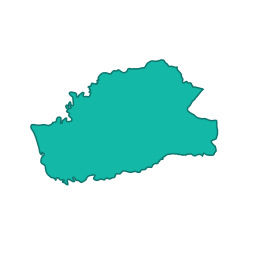 outline of Namacurra, Zambezia, Mozambique, rotated 113°
{"feature_id": "85939544B74893021327700", "entity_name": "Namacurra", "entity_type": "district", "adm_level": 2, "iso_a3": "MOZ", "parent_name": "Mozambique", "parent_adm1": "Zambezia", "projection": "natural_earth1", "projection_center": [37.083, -17.473], "detail": "fine", "context": "isolated", "style": "filled", "palette": "teal", "viewbox_px": 256, "rotation_deg": 113, "n_neighbors": 0, "source": "geoboundaries", "source_scale": "gbopen_adm2", "svg_char_len": 5859}
<svg xmlns="http://www.w3.org/2000/svg" viewBox="0 0 256 256"><g transform="rotate(113 128 128)"><path d="M124.6,48.6L121.6,48.4L121.6,47.5L121.9,45.4L121.8,44.4L121.1,42.0L119.7,39.1L118.5,38.5L117.0,38.7L115.6,38.1L114.8,38.0L114.5,38.0L112.3,39.4L110.8,40.6L110.3,42.2L109.1,44.9L108.4,45.8L107.8,46.1L107.4,46.3L103.5,42.7L98.9,43.2L95.1,44.7L92.5,46.5L91.0,47.3L88.3,48.4L86.8,49.2L86.6,50.0L87.0,51.0L88.5,53.6L88.9,54.8L89.2,57.3L89.2,60.4L89.5,61.4L90.5,63.1L91.4,67.2L91.4,68.9L90.1,72.6L89.8,76.0L89.1,79.1L88.7,79.8L87.8,80.5L86.5,80.9L85.5,80.8L84.6,80.3L82.8,79.7L78.4,79.2L75.8,77.9L73.0,77.3L72.6,77.0L64.9,74.8L63.1,73.9L62.8,74.8L63.0,75.2L64.1,82.4L64.9,83.8L64.9,84.4L64.7,84.7L64.2,84.8L63.1,86.7L62.5,87.0L62.2,87.5L62.1,88.2L62.5,88.9L62.7,89.0L63.0,89.5L63.1,90.0L62.4,91.6L62.4,92.4L62.8,93.0L64.6,94.1L64.8,94.6L64.8,95.1L64.6,95.5L64.0,96.0L61.9,96.5L61.5,96.7L60.8,97.5L60.1,98.7L57.9,99.8L56.9,101.3L55.2,105.1L54.0,106.1L52.8,106.6L53.3,107.2L53.6,107.8L54.2,112.2L55.2,113.9L55.3,114.3L55.0,115.1L53.8,116.9L53.4,119.1L53.1,119.5L52.0,121.0L51.8,121.4L51.8,122.3L52.1,123.5L52.5,124.2L54.2,126.0L55.9,128.7L56.8,131.9L57.5,133.0L59.3,134.5L60.8,135.4L61.2,135.6L61.6,135.5L63.7,136.0L65.9,136.2L67.7,139.3L69.6,141.8L71.6,146.6L72.1,147.1L72.3,147.5L72.5,148.1L72.4,149.0L72.8,150.0L73.2,150.7L73.6,151.0L76.1,151.2L77.0,151.5L77.6,152.0L78.7,153.3L79.0,154.1L79.0,154.9L78.5,157.6L78.2,158.7L78.4,159.8L78.6,160.0L79.8,160.6L80.1,161.3L80.8,163.3L81.3,163.7L82.4,164.2L83.6,164.7L84.6,164.7L85.0,165.0L85.3,166.0L85.6,167.2L85.6,168.4L85.8,169.6L86.4,171.3L87.0,172.3L88.1,173.4L90.0,174.4L92.9,175.1L94.3,174.6L94.7,173.9L95.2,173.7L95.4,174.4L96.3,174.3L96.3,174.9L96.5,175.0L97.4,174.0L98.7,173.5L98.9,173.9L99.0,174.4L99.2,174.5L99.9,174.2L100.1,174.3L100.5,176.9L100.8,177.6L100.8,178.6L101.9,178.9L103.6,178.5L103.8,178.5L104.2,178.9L104.9,180.0L105.2,180.3L105.9,180.6L106.1,180.4L106.3,178.8L106.7,178.6L107.7,178.5L107.7,177.5L108.3,177.0L108.7,177.4L109.4,177.4L110.0,177.8L110.2,177.7L110.4,176.0L112.9,175.8L113.7,175.9L114.3,176.1L115.1,177.1L115.2,177.7L115.3,178.8L116.2,180.4L116.3,181.1L115.7,182.0L114.6,182.2L113.1,182.2L112.8,182.8L112.9,183.5L114.0,184.5L115.2,184.9L116.9,186.0L117.5,186.1L118.9,186.0L119.2,186.3L119.4,186.9L119.0,187.6L116.8,188.8L116.4,189.7L116.4,190.9L117.1,194.3L117.6,195.0L118.4,195.6L118.8,195.6L119.3,195.4L119.9,194.6L120.7,192.9L121.0,191.3L121.2,190.8L127.5,187.5L128.1,187.3L128.6,187.4L129.1,188.0L129.1,189.1L128.9,189.5L128.3,190.0L127.1,190.7L126.8,191.0L126.7,191.5L127.0,191.8L128.1,192.0L129.3,191.9L129.7,191.6L130.1,191.0L131.1,188.5L131.5,188.3L132.4,188.8L132.7,189.5L132.7,189.9L131.5,191.6L130.8,192.3L130.7,192.9L130.8,193.3L131.0,193.5L132.3,193.8L133.6,192.6L133.9,192.0L133.9,190.9L134.2,190.5L136.2,191.0L136.6,191.0L136.8,190.8L137.0,190.4L137.2,188.4L137.4,187.7L137.8,187.4L139.4,187.5L139.8,187.3L140.3,186.5L140.8,184.8L141.3,183.7L141.6,183.3L142.6,182.8L143.3,182.7L144.9,184.3L145.7,185.9L145.8,186.5L145.6,187.3L144.7,187.8L143.3,188.2L143.1,188.3L143.0,188.9L144.2,189.8L145.4,190.2L146.5,191.1L147.5,191.1L148.9,190.6L149.3,190.7L150.0,191.9L149.3,192.2L146.7,192.9L144.9,193.8L144.7,194.3L144.7,194.8L145.2,196.3L145.9,196.9L146.5,197.1L148.1,197.1L149.6,196.7L150.6,196.8L150.9,197.1L152.3,199.4L153.0,199.3L153.6,199.5L154.8,200.1L156.3,201.4L156.9,202.5L157.2,203.4L157.3,204.5L157.7,206.5L158.3,207.9L159.2,209.0L160.2,210.8L161.3,213.9L161.6,215.8L162.3,217.4L162.7,217.9L163.2,218.0L164.8,217.9L166.4,216.7L168.5,213.5L170.6,211.2L173.0,208.9L179.7,203.3L182.3,201.3L184.5,200.0L185.6,198.9L186.0,198.3L186.2,197.9L186.2,196.9L185.4,196.9L184.3,197.7L184.2,196.0L184.7,195.1L185.1,194.9L186.2,194.9L187.7,195.7L188.9,195.9L190.6,195.8L193.1,195.0L194.0,194.1L194.3,193.4L194.8,190.3L195.4,189.3L197.1,188.4L199.7,186.6L200.2,186.2L201.4,184.9L202.4,183.1L203.1,180.9L203.5,179.4L203.5,179.0L203.1,177.8L203.2,176.2L203.5,175.3L204.2,174.6L204.1,174.1L203.7,174.0L203.0,174.6L202.6,174.7L202.1,174.3L201.2,172.8L201.2,172.4L201.9,171.0L202.2,169.9L201.9,169.0L201.1,167.7L200.9,166.4L201.2,166.1L201.4,166.1L202.4,167.2L202.8,167.3L203.3,167.1L203.5,166.6L203.1,165.0L203.9,163.1L203.9,162.0L203.7,161.3L203.2,161.4L201.7,162.3L200.8,163.1L200.2,163.3L199.2,163.2L198.4,162.8L198.3,161.9L198.6,160.4L198.8,157.8L198.7,157.2L198.2,156.5L198.0,156.4L197.5,156.5L196.4,158.5L195.8,159.3L195.1,159.3L194.7,159.0L194.5,158.6L194.7,158.0L196.1,155.6L196.3,155.2L195.7,152.6L195.7,152.2L196.3,150.7L196.3,150.0L196.1,149.5L195.7,149.1L194.8,148.3L192.2,146.6L191.6,146.5L189.3,146.4L188.2,146.0L186.9,144.8L184.8,141.7L184.3,140.8L184.5,140.0L184.6,139.9L185.0,139.8L187.5,140.0L188.0,139.9L188.4,139.4L188.6,138.5L188.6,137.2L188.5,136.6L188.1,135.6L185.6,133.2L185.3,132.0L185.2,130.3L185.0,129.6L184.6,129.3L182.8,128.4L182.4,128.0L182.2,127.3L182.3,125.8L182.1,125.0L181.5,124.2L180.1,123.2L178.9,121.3L178.2,121.0L175.7,121.1L174.9,120.9L174.3,120.1L173.4,117.5L172.2,116.9L170.3,116.4L169.3,115.5L168.7,113.7L168.1,109.4L167.8,108.5L167.4,107.6L166.5,106.3L165.7,105.7L165.4,105.2L165.0,103.5L164.9,101.7L164.4,100.3L163.9,99.8L163.5,99.6L162.2,99.6L161.5,99.4L161.1,99.0L159.5,96.0L158.8,95.6L156.9,95.1L156.3,94.7L155.4,91.8L155.0,91.1L154.6,90.9L152.4,90.7L151.1,90.1L150.3,89.4L149.7,88.3L149.5,87.5L149.0,86.9L148.2,86.6L147.1,86.6L146.4,86.2L144.7,85.9L144.1,85.6L143.4,84.2L143.1,83.8L142.8,83.7L142.5,83.8L142.2,84.5L141.8,84.7L141.6,84.7L140.6,83.7L137.1,81.6L136.5,80.8L135.8,79.3L134.9,78.2L134.3,76.9L133.8,76.2L133.6,74.7L133.0,73.5L132.7,72.6L132.6,71.1L131.9,69.5L131.7,67.4L130.7,65.5L130.3,64.1L130.1,63.9L129.5,63.7L128.9,63.2L128.1,61.3L127.3,60.0L127.2,59.3L127.7,57.0L127.7,56.1L127.4,55.4L127.3,55.2L126.4,54.6L125.4,53.6L124.7,52.6L124.0,51.1L124.6,48.6Z" fill="#14b8a6" stroke="#0f766e" stroke-width="1.5"/></g></svg>